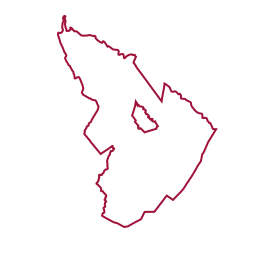 outline of Zvishavane, Midlands, Zimbabwe, rotated 191°
{"feature_id": "62879985B59782036697495", "entity_name": "Zvishavane", "entity_type": "district", "adm_level": 2, "iso_a3": "ZWE", "parent_name": "Zimbabwe", "parent_adm1": "Midlands", "projection": "robinson", "projection_center": [30.159, -20.28], "detail": "fine", "context": "isolated", "style": "outline", "palette": "rose", "viewbox_px": 256, "rotation_deg": 191, "n_neighbors": 0, "source": "geoboundaries", "source_scale": "gbopen_adm2", "svg_char_len": 5895}
<svg xmlns="http://www.w3.org/2000/svg" viewBox="0 0 256 256"><g transform="rotate(191 128 128)"><path d="M136.9,55.4L136.7,54.2L137.3,53.3L137.3,53.1L137.0,52.8L135.6,51.9L135.4,51.5L136.3,50.3L136.1,49.2L136.3,48.5L136.0,47.7L135.4,46.7L135.4,46.4L135.6,46.0L136.0,45.6L136.7,45.2L136.7,44.9L136.5,44.1L136.0,43.3L135.2,41.4L135.2,40.8L135.4,40.2L135.5,40.0L136.3,39.7L136.7,38.6L136.8,37.4L136.5,36.8L130.1,34.6L123.8,32.7L120.4,32.5L112.9,30.1L109.4,31.4L101.5,38.1L101.3,38.1L97.7,41.1L97.4,42.7L96.8,44.5L96.0,47.9L95.6,48.8L86.1,50.8L77.1,69.0L73.9,67.7L70.1,66.0L66.3,71.9L64.2,75.0L62.0,78.7L60.2,83.4L55.9,93.7L53.1,101.6L52.6,103.5L50.2,109.3L50.1,109.7L50.1,116.4L49.4,117.7L48.9,119.1L46.7,129.3L41.3,143.6L42.5,143.4L44.3,143.3L45.1,144.1L46.4,146.2L48.0,148.4L48.3,148.5L49.1,148.4L49.3,148.4L49.8,149.1L50.4,149.7L51.2,150.0L51.5,150.5L51.9,151.6L52.5,152.4L53.3,152.7L54.3,152.7L54.5,152.7L55.7,152.1L56.2,152.1L56.9,152.2L57.2,153.0L57.2,154.0L57.4,154.8L57.8,155.5L58.4,156.1L59.3,156.1L60.5,156.0L63.2,156.6L66.2,158.4L66.4,158.9L68.4,160.3L70.1,162.1L71.1,164.8L71.5,165.2L73.1,165.7L75.5,166.3L76.6,166.8L77.4,167.4L78.1,167.4L79.9,167.1L80.8,167.1L81.6,167.3L81.9,167.9L82.0,169.5L82.4,170.4L83.0,171.0L83.7,171.4L84.1,171.2L84.4,170.8L84.8,170.8L85.2,170.9L86.1,171.7L87.0,172.4L88.4,172.9L89.0,173.0L90.5,172.2L91.2,172.0L92.3,172.2L92.6,172.4L94.6,175.5L95.2,176.0L95.9,176.5L98.5,177.8L99.8,178.4L100.7,178.6L100.3,174.9L100.3,165.0L100.1,160.6L124.8,183.4L126.7,185.1L128.2,186.5L129.7,187.8L132.0,190.0L131.9,190.2L132.1,190.5L133.1,191.4L134.2,192.6L134.5,192.6L135.0,193.1L134.9,194.5L133.8,199.5L134.7,200.0L135.1,200.8L135.4,201.1L136.9,200.6L137.7,200.7L138.5,201.0L138.8,201.0L141.4,199.7L143.1,198.1L144.3,196.2L144.8,195.8L145.4,196.1L145.9,198.0L146.6,199.3L147.1,199.5L148.7,199.3L150.6,198.1L151.3,198.2L151.6,199.7L151.8,201.8L153.0,202.7L155.5,202.4L157.9,202.3L161.1,204.0L162.8,204.6L163.6,204.0L164.0,204.2L165.8,206.3L167.3,207.7L168.1,208.2L168.9,208.4L169.0,208.1L169.2,207.5L169.5,206.9L169.9,206.6L171.9,207.1L174.4,208.2L176.8,209.9L177.2,210.6L177.3,211.6L177.6,211.9L178.5,212.0L179.8,211.7L182.6,211.9L183.9,211.8L185.9,210.9L189.5,210.1L191.6,210.0L193.4,211.0L194.9,212.0L196.9,213.0L197.8,213.1L198.6,212.7L199.0,212.7L199.9,213.3L200.4,213.5L200.7,214.1L201.1,214.2L202.5,215.3L203.4,215.7L203.8,215.5L203.8,215.1L203.4,214.5L203.1,213.8L203.3,213.4L204.0,213.0L204.5,212.1L205.3,211.8L206.2,211.6L206.7,211.6L207.1,211.9L207.2,212.8L207.4,213.4L208.6,214.9L208.9,216.2L209.7,217.6L209.8,218.7L209.6,219.5L209.6,220.5L210.3,222.4L211.1,223.1L211.3,223.5L211.2,224.1L210.8,224.7L210.7,225.3L211.0,225.8L211.8,225.9L212.2,225.5L212.8,223.7L212.1,222.2L211.9,222.1L211.8,221.4L211.7,220.2L212.1,219.1L212.2,217.8L212.0,215.8L211.7,213.9L210.6,211.9L210.7,210.8L210.9,210.2L211.4,209.1L212.5,208.3L214.4,208.3L214.7,207.5L214.6,206.5L214.0,205.1L212.0,201.6L210.4,198.4L207.4,194.4L204.8,190.2L204.5,190.1L204.2,189.6L203.3,188.8L202.6,187.9L202.3,187.0L203.1,185.1L202.9,184.1L201.5,182.2L199.1,179.5L198.2,178.3L197.7,178.1L197.2,178.1L193.6,173.7L192.7,173.1L192.1,172.2L191.8,170.9L191.3,170.5L190.8,169.8L189.8,166.6L189.3,166.5L188.9,166.7L187.9,167.7L186.5,168.5L186.1,168.6L184.6,167.2L180.6,161.0L180.1,159.6L179.5,158.6L179.5,156.8L179.9,155.3L180.0,153.9L179.6,153.3L179.3,153.2L178.4,152.1L172.8,150.2L171.8,149.7L170.6,149.9L169.9,149.4L168.6,148.9L165.5,148.9L164.7,148.5L163.7,147.4L162.7,145.7L161.3,143.8L161.1,143.6L161.0,142.4L161.2,139.9L165.2,129.0L165.3,127.8L165.5,127.0L165.8,126.6L166.9,125.8L167.0,125.5L167.0,124.9L167.5,123.8L167.2,123.1L167.4,122.7L168.0,122.0L168.6,121.7L168.8,121.5L168.9,121.1L168.8,120.4L168.9,119.8L170.0,117.4L170.0,116.6L169.5,115.9L169.7,115.2L169.8,114.3L169.6,113.6L169.4,113.5L162.5,107.9L162.4,107.6L149.9,97.3L143.0,104.1L140.2,107.2L139.7,107.4L139.5,106.8L139.4,105.9L139.0,105.4L138.1,105.4L137.7,105.2L137.7,104.7L138.3,103.8L138.5,102.9L138.8,102.6L139.5,102.2L140.4,102.2L140.6,101.9L140.6,100.9L140.8,100.5L140.9,99.4L140.8,99.1L140.7,98.5L141.6,96.7L142.2,92.6L142.2,91.7L142.0,91.2L141.9,90.5L141.6,89.4L141.2,88.5L141.1,86.9L140.5,85.5L140.2,84.9L140.1,84.5L141.0,83.3L141.3,83.1L141.7,83.1L142.2,82.9L142.6,82.3L143.2,81.3L143.3,80.3L143.5,79.3L144.5,78.0L144.5,77.4L144.7,77.0L145.0,76.8L145.5,76.6L146.8,76.8L147.1,76.7L147.3,76.4L147.4,75.9L147.3,75.3L146.7,73.9L146.8,73.6L147.0,73.2L147.1,72.5L146.8,71.5L147.2,70.5L147.2,70.0L147.5,68.9L148.2,68.3L148.4,67.7L148.1,67.1L146.8,66.6L144.6,65.0L144.1,64.8L143.2,64.0L143.0,63.7L142.6,62.4L142.5,61.5L142.3,61.0L141.7,61.2L140.7,61.1L140.0,60.4L139.7,60.0L139.2,59.8L138.4,59.0L136.7,58.0L136.3,56.6L136.4,56.1L136.8,55.4L136.9,55.4ZM102.7,131.3L110.9,126.9L114.5,129.5L114.8,129.6L115.3,129.6L115.4,130.0L115.6,130.1L115.8,130.1L115.8,129.9L116.0,129.8L116.2,130.0L116.4,130.0L117.5,129.3L118.1,130.1L118.2,130.4L118.3,131.1L118.1,131.6L118.1,132.1L122.4,135.4L121.8,136.9L126.3,141.0L125.5,148.1L125.3,150.7L125.4,155.4L124.7,154.6L124.0,154.3L123.8,153.4L123.7,152.8L122.7,151.7L122.5,152.0L122.5,152.7L122.1,152.8L121.3,151.7L120.8,151.5L119.7,151.4L118.7,151.7L117.0,151.3L116.6,150.8L116.8,149.8L116.7,149.4L116.4,149.3L116.1,149.5L115.6,149.5L115.1,149.2L114.5,149.1L113.9,148.5L113.8,148.1L113.9,147.3L114.2,146.9L114.2,146.7L114.0,146.4L113.1,145.9L113.0,145.3L112.8,145.1L112.5,145.3L111.9,145.3L111.2,145.0L110.6,144.6L110.6,144.1L110.5,143.9L109.8,143.8L109.4,143.3L109.5,143.0L109.9,143.0L110.4,142.7L110.4,142.4L110.2,142.2L109.1,142.3L108.7,141.5L108.0,140.8L107.7,140.6L107.4,141.1L107.2,141.2L106.5,141.4L106.0,141.3L105.9,141.5L105.7,141.5L105.7,139.7L105.5,139.4L105.3,139.3L104.8,139.3L104.5,139.4L103.3,139.1L102.7,139.7L102.1,139.0L101.9,138.5L99.0,135.4L99.9,134.6L100.0,134.2L100.0,133.7L100.1,132.6L100.3,132.4L101.1,132.1L102.7,131.3Z" fill="none" stroke="#9f1239" stroke-width="2"/></g></svg>